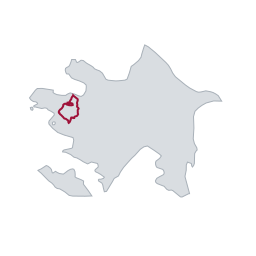 location of Shamkir District, Şəmkir, Azerbaijan, rotated 347°
{"feature_id": "54616110B57585842497805", "entity_name": "Shamkir District", "entity_type": "district", "adm_level": 2, "iso_a3": "AZE", "parent_name": "Azerbaijan", "parent_adm1": "Şəmkir", "projection": "mercator", "projection_center": [46.075, 40.851], "detail": "fine", "context": "in_parent", "style": "outline", "palette": "rose", "viewbox_px": 256, "rotation_deg": 347, "n_neighbors": 0, "source": "geoboundaries", "source_scale": "gbopen_adm2", "svg_char_len": 4625}
<svg xmlns="http://www.w3.org/2000/svg" viewBox="0 0 256 256"><g transform="rotate(347 128 128)"><path d="M173.2,205.8L172.2,205.7L165.1,207.4L163.6,206.9L157.6,199.1L156.3,198.2L153.7,197.9L152.1,196.6L150.9,194.5L150.2,193.0L143.9,188.7L142.9,187.2L142.8,185.8L143.7,184.6L144.8,183.5L147.9,182.5L151.5,181.6L152.6,180.9L153.2,179.8L153.2,178.0L152.6,176.2L147.4,173.0L146.8,171.6L146.7,169.8L147.0,168.0L147.8,166.6L152.0,164.7L154.2,162.7L152.8,160.5L148.3,155.5L142.9,149.9L139.3,149.9L135.2,151.5L128.5,156.2L124.8,158.3L120.1,161.6L114.8,165.4L110.6,169.3L107.9,172.6L103.2,174.0L100.8,176.7L92.8,184.9L90.6,184.8L90.5,180.8L90.6,177.5L90.1,175.7L87.5,173.1L87.4,172.0L88.1,171.4L90.1,171.8L92.7,171.6L93.9,170.6L91.1,167.3L88.7,165.0L86.7,163.5L86.2,162.6L86.2,161.9L86.7,161.2L90.2,159.3L90.5,157.6L90.3,155.7L84.7,152.9L80.6,153.9L76.8,150.8L74.4,148.3L71.5,145.7L68.8,144.3L66.2,141.0L61.8,137.6L58.9,136.6L59.0,136.1L59.5,135.5L60.7,135.0L68.6,135.1L69.6,134.5L70.1,133.0L71.1,130.8L72.4,127.7L72.3,125.0L64.4,120.6L58.6,116.6L54.6,111.4L51.9,106.5L52.0,104.9L52.7,103.4L58.9,98.9L59.3,97.7L59.2,96.9L57.0,94.6L54.2,92.3L53.4,90.6L51.6,89.7L48.3,89.6L42.5,86.7L41.2,86.4L41.0,85.8L41.2,85.2L45.4,84.1L45.3,83.1L44.1,81.8L41.7,80.9L39.6,78.6L38.8,76.5L46.3,70.3L48.5,69.1L53.5,70.2L63.7,74.3L63.0,76.6L64.0,77.8L66.3,79.5L70.8,81.3L74.6,82.2L76.5,81.4L79.5,80.8L83.3,82.8L86.8,85.3L88.5,86.3L89.5,86.7L92.1,85.8L95.3,82.5L96.6,78.6L96.9,76.7L95.0,74.0L91.2,71.2L86.9,68.6L84.2,66.4L82.4,62.0L80.6,61.6L80.2,61.0L79.9,59.5L79.9,57.4L80.6,55.8L82.3,55.1L84.1,54.8L85.6,53.3L87.6,50.3L88.5,48.6L92.2,49.5L92.7,52.3L93.4,52.8L94.9,52.5L97.5,51.4L99.6,52.2L102.2,55.5L105.9,58.9L107.9,61.1L108.6,62.7L110.5,64.2L113.2,66.0L115.4,68.8L117.4,75.4L119.3,76.9L126.4,79.3L128.9,79.8L135.8,80.7L138.2,80.1L141.8,74.5L145.0,68.7L148.0,67.5L153.4,64.7L156.6,62.0L158.0,59.2L161.1,53.8L163.0,50.8L166.1,53.5L171.7,60.8L179.6,72.6L181.5,76.0L182.8,79.8L183.9,84.5L185.7,88.7L193.7,99.1L197.1,102.9L202.8,107.9L204.8,109.0L207.4,109.3L212.2,109.3L216.7,111.3L218.9,112.6L221.2,114.6L223.2,116.8L225.3,122.9L217.5,120.9L209.7,121.2L205.3,122.5L201.0,124.3L197.0,126.8L194.4,131.6L192.2,142.9L189.1,153.3L189.2,158.1L190.6,162.8L190.4,165.0L189.0,165.9L187.2,167.9L184.7,177.4L183.5,179.3L182.0,180.5L181.6,179.3L181.7,176.8L178.3,174.6L176.5,177.1L175.2,182.3L172.7,187.8L172.6,188.9L173.2,205.8ZM58.0,107.5L58.3,106.0L57.3,105.3L56.3,105.3L55.4,106.0L55.4,107.9L56.7,108.3L58.0,107.5ZM32.4,151.4L31.3,149.9L30.7,149.0L34.2,148.3L39.9,146.2L41.4,147.2L43.1,149.3L44.0,151.1L44.1,154.5L44.8,155.0L47.6,153.9L48.8,155.2L50.9,156.9L54.7,158.4L60.0,156.0L62.7,155.3L64.9,155.4L66.0,156.1L66.5,158.7L66.0,161.9L65.4,163.7L66.5,164.9L70.9,168.0L72.8,169.7L71.9,172.7L75.1,179.9L76.2,182.7L77.5,186.1L70.8,184.8L58.8,181.9L55.5,180.4L52.3,176.3L50.4,174.4L47.7,171.9L45.4,171.0L43.7,169.2L42.7,166.7L41.3,164.4L38.8,161.6L33.2,152.4L32.4,151.4ZM39.6,88.6L38.9,89.2L37.7,88.6L37.4,87.5L37.4,86.2L38.6,86.0L39.5,86.3L39.8,87.4L39.6,88.6Z" fill="#d9dde1" stroke="#a8b0b8" stroke-width="1"/><path d="M81.9,83.8L81.7,84.2L81.1,84.7L80.6,85.0L80.1,85.6L79.6,86.2L79.4,86.8L78.9,87.4L77.9,88.2L77.5,88.8L77.2,89.3L77.0,89.6L76.1,89.7L75.5,89.7L74.8,89.7L74.8,89.9L74.9,90.2L75.5,90.6L76.4,90.8L77.2,90.8L77.9,90.9L78.6,91.2L79.3,91.7L79.4,92.1L79.4,92.8L79.3,93.2L78.1,93.2L77.3,93.0L76.5,92.8L75.9,92.6L75.4,92.4L74.9,92.0L74.3,91.8L73.8,91.5L73.5,91.2L73.2,90.9L73.1,90.6L72.9,90.4L72.3,90.2L71.3,90.2L70.8,90.6L70.2,90.8L70.0,91.2L69.9,91.6L69.7,92.2L69.3,92.7L68.8,93.1L68.2,93.7L67.5,94.2L66.0,94.8L65.0,95.6L64.6,96.0L64.2,96.7L64.1,97.4L64.1,97.7L64.7,98.2L64.7,98.9L64.8,99.1L65.0,99.4L65.5,100.0L65.9,100.6L66.2,101.0L66.4,101.4L66.7,102.0L67.2,102.6L67.4,103.1L67.7,103.7L68.0,104.3L68.2,104.5L68.9,104.8L69.5,105.1L70.1,105.8L70.4,106.2L71.1,106.8L71.3,107.3L71.3,107.7L71.3,108.2L71.2,109.0L71.4,109.7L71.7,109.6L72.4,109.1L72.8,108.8L73.1,108.3L73.5,107.8L73.8,107.3L74.2,106.7L74.4,106.2L74.6,105.8L74.8,105.4L75.0,105.1L75.8,105.1L76.1,105.6L76.7,105.8L77.2,106.1L77.7,106.2L77.8,106.2L78.0,105.5L78.3,105.1L78.9,104.9L79.5,104.9L80.2,104.8L80.7,104.8L81.2,104.6L81.6,104.3L82.0,103.8L82.5,103.3L82.5,102.9L82.4,102.3L82.4,102.0L82.7,101.1L82.8,100.3L83.0,99.4L83.2,98.9L83.9,98.3L84.2,98.1L84.0,97.0L83.7,96.7L83.5,96.4L83.2,95.9L83.2,95.5L83.3,95.0L83.6,94.6L83.8,94.3L83.9,93.8L83.9,93.3L83.9,92.4L84.0,91.9L84.3,91.4L84.5,91.0L84.8,90.6L85.1,89.9L85.4,89.4L85.4,88.9L85.4,88.5L84.9,87.8L84.4,87.2L83.9,86.6L83.5,86.0L83.1,85.6L82.7,85.1L82.4,84.7L82.2,84.3L81.9,83.8Z" fill="none" stroke="#9f1239" stroke-width="2"/></g></svg>